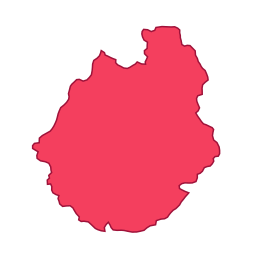 outline of Ilicínea, Minas Gerais, Brazil, rotated 95°
{"feature_id": "56859067B59250677918244", "entity_name": "Ilicínea", "entity_type": "district", "adm_level": 2, "iso_a3": "BRA", "parent_name": "Brazil", "parent_adm1": "Minas Gerais", "projection": "natural_earth1", "projection_center": [-45.811, -20.936], "detail": "fine", "context": "isolated", "style": "filled", "palette": "rose", "viewbox_px": 256, "rotation_deg": 95, "n_neighbors": 0, "source": "geoboundaries", "source_scale": "gbopen_adm2", "svg_char_len": 2653}
<svg xmlns="http://www.w3.org/2000/svg" viewBox="0 0 256 256"><g transform="rotate(95 128 128)"><path d="M222.0,92.1L217.8,91.7L215.9,87.3L215.2,83.6L213.4,80.9L210.7,79.4L208.6,78.0L205.9,75.8L204.2,73.4L202.4,71.8L200.1,69.9L197.1,68.6L193.9,66.4L191.5,64.9L189.4,63.3L187.3,61.8L186.2,65.6L184.9,69.0L183.8,71.4L181.0,72.0L178.8,69.7L177.7,66.6L177.5,62.4L177.1,59.2L175.4,55.6L171.6,54.6L168.1,54.9L166.8,52.2L164.6,50.1L160.8,48.5L159.5,45.8L158.7,42.8L156.4,41.0L153.6,39.7L151.0,40.4L148.9,38.8L148.2,35.6L145.6,34.5L142.2,34.8L138.9,35.6L134.8,38.1L132.5,41.6L128.3,43.2L125.0,43.0L122.0,42.6L120.3,44.2L119.2,47.2L118.0,50.4L117.3,53.2L115.2,55.4L113.0,57.2L110.2,59.6L107.1,61.8L104.8,59.6L101.7,58.5L98.2,60.4L95.3,61.8L92.6,62.3L89.8,61.3L88.0,57.0L84.9,57.3L81.8,57.7L78.4,57.4L75.8,55.2L73.2,52.4L70.3,53.0L67.1,54.5L64.0,56.2L62.1,58.9L60.3,60.5L58.2,61.7L55.7,63.8L52.6,65.0L49.6,67.1L45.3,67.8L42.7,70.8L40.5,73.4L40.5,76.2L41.5,78.8L40.2,81.6L36.0,82.8L33.6,83.7L31.1,84.0L28.8,84.8L25.9,85.0L24.2,87.2L23.1,90.3L23.6,93.8L23.8,98.3L24.0,103.0L24.7,105.9L25.4,108.9L28.4,109.9L29.9,113.3L28.4,117.0L28.4,121.0L30.6,122.3L33.1,122.4L35.9,121.5L39.0,119.7L40.8,116.1L43.7,116.1L47.1,115.9L49.5,118.4L52.6,118.0L55.4,114.7L58.4,115.7L60.6,116.6L62.9,116.1L63.0,120.1L61.4,124.6L63.6,126.2L65.3,128.7L67.3,131.3L68.7,133.8L68.6,137.5L67.3,140.4L66.0,143.8L64.0,146.0L61.0,146.1L60.2,149.0L59.3,151.6L58.1,154.6L57.3,157.1L55.0,158.0L53.2,161.4L56.0,161.9L58.7,162.8L61.2,164.9L63.7,168.0L67.4,168.8L70.6,168.7L74.1,168.7L78.2,169.1L80.9,170.8L83.7,173.1L85.2,176.8L83.8,180.7L84.3,183.4L86.9,185.6L89.3,187.8L91.4,189.0L93.8,189.4L96.3,189.8L99.0,190.3L101.9,189.4L104.5,189.6L107.8,191.4L110.5,193.6L113.6,196.8L116.8,197.9L119.9,198.8L123.8,199.4L126.5,199.9L129.3,200.8L132.5,202.0L135.4,203.5L137.9,205.2L140.7,209.3L143.0,212.7L145.8,215.4L150.4,215.2L151.5,219.9L153.9,221.5L156.7,221.2L157.9,218.8L159.5,215.5L163.4,216.4L166.2,215.9L168.3,212.3L168.8,207.5L170.0,203.8L173.5,201.6L176.8,201.0L179.0,200.2L182.1,202.8L184.8,201.9L186.9,203.9L191.1,203.3L190.5,200.2L193.0,198.8L196.5,198.6L199.1,197.1L200.6,194.0L201.3,191.0L204.5,191.5L207.0,190.3L209.6,189.4L211.8,186.3L211.0,182.6L210.5,178.8L212.4,175.9L214.8,174.3L217.8,172.1L220.8,168.8L223.8,169.1L225.2,166.5L224.7,163.8L225.0,159.3L227.2,156.4L228.9,154.3L230.9,151.8L231.9,149.2L232.7,145.8L232.9,142.0L229.2,142.9L226.1,141.4L223.6,139.4L226.4,137.3L228.7,136.1L230.8,133.9L230.9,130.1L230.4,125.7L230.4,123.0L230.9,119.0L231.3,114.7L230.8,110.3L229.8,106.9L228.5,103.1L225.8,100.5L223.5,97.4L222.0,92.1Z" fill="#f43f5e" stroke="#9f1239" stroke-width="1.5"/></g></svg>